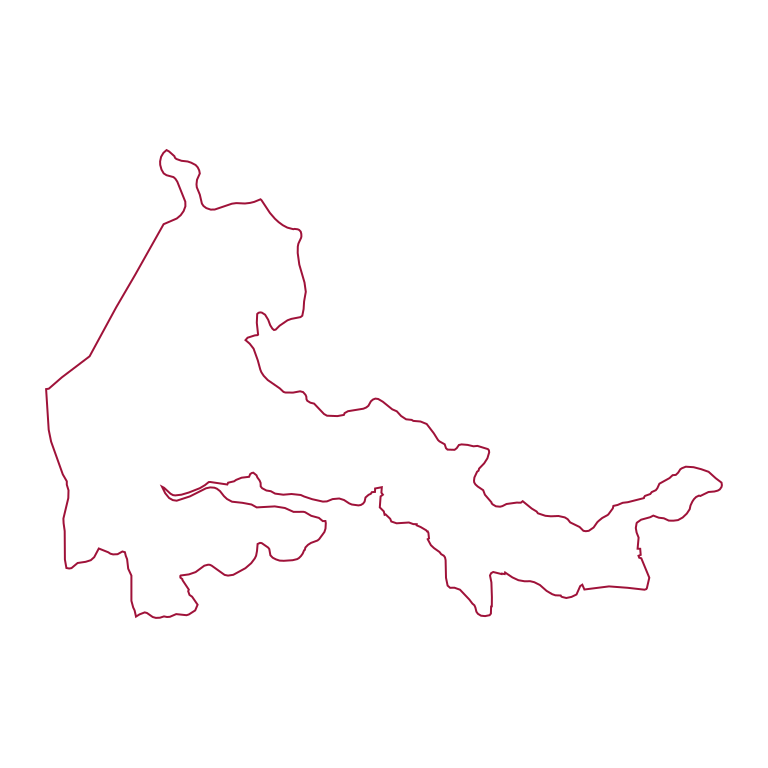 outline of Hunters Hill, New South Wales, Australia
{"feature_id": "25037944B34296859753223", "entity_name": "Hunters Hill", "entity_type": "district", "adm_level": 2, "iso_a3": "AUS", "parent_name": "Australia", "parent_adm1": "New South Wales", "projection": "natural_earth1", "projection_center": [151.151, -33.83], "detail": "fine", "context": "isolated", "style": "outline", "palette": "rose", "viewbox_px": 768, "rotation_deg": 0, "n_neighbors": 0, "source": "geoboundaries", "source_scale": "gbopen_adm2", "svg_char_len": 6104}
<svg xmlns="http://www.w3.org/2000/svg" viewBox="0 0 768 768"><path d="M174.4,156.2L169.0,151.4L166.5,150.1L163.4,152.9L161.1,156.8L160.1,161.4L160.2,164.9L161.5,169.6L163.7,173.4L166.5,175.2L173.5,177.1L175.4,178.8L177.3,181.7L185.3,201.7L185.4,206.3L183.6,211.1L180.7,215.2L176.8,218.5L163.6,224.2L135.1,274.9L116.2,307.3L89.6,356.3L61.8,377.4L48.8,388.7L46.1,389.1L48.7,429.8L51.1,441.6L62.8,474.4L66.8,481.3L66.8,484.7L68.5,490.3L68.3,498.1L63.4,518.6L63.6,523.2L64.7,531.1L64.9,559.5L66.4,568.0L69.2,568.5L71.5,568.1L77.6,563.0L85.7,561.8L90.8,560.2L94.2,557.2L98.8,548.5L108.3,552.3L110.4,553.7L113.1,554.4L117.6,554.2L122.4,551.5L124.9,552.2L125.8,555.9L127.1,559.2L128.2,568.7L131.4,575.6L131.4,600.8L133.2,607.5L134.6,610.4L136.0,616.6L139.5,614.4L144.7,612.4L147.0,613.0L152.7,617.0L155.9,617.9L160.0,617.7L164.0,616.4L167.0,617.0L169.9,616.8L176.2,614.1L186.5,615.2L188.8,614.5L195.2,610.4L197.6,604.7L192.1,596.7L189.5,594.9L188.2,591.2L188.8,589.6L182.6,580.3L182.3,579.1L180.4,577.6L180.3,576.0L180.7,575.5L188.9,574.4L195.6,572.1L204.3,565.7L208.1,564.7L209.8,564.8L211.6,565.6L224.6,574.9L228.0,575.6L233.3,574.8L245.4,568.2L251.2,563.2L254.8,558.4L256.1,555.7L257.0,551.0L257.6,544.0L260.0,542.9L261.7,543.1L268.2,547.6L269.3,549.1L270.4,555.3L272.7,557.7L276.0,559.4L279.6,560.6L283.8,560.8L292.7,560.2L297.2,559.1L299.0,558.0L301.0,556.0L302.7,553.6L304.1,550.3L304.8,549.9L305.4,547.5L308.0,544.8L311.0,542.9L317.5,540.5L319.2,539.1L324.4,532.0L325.5,528.6L325.8,523.1L325.4,521.0L322.8,521.1L318.9,517.9L311.2,515.8L305.1,512.2L303.4,511.8L293.6,511.9L284.9,508.0L274.8,506.4L256.7,507.4L251.5,504.5L242.3,502.8L232.0,501.7L227.0,499.0L224.0,496.2L220.0,491.1L216.9,488.7L214.4,487.7L210.2,487.4L206.0,488.3L189.9,496.4L176.7,500.7L172.8,500.1L169.1,498.0L165.2,493.2L162.0,486.7L164.1,487.8L170.5,493.7L173.0,495.1L175.3,495.4L181.4,494.7L188.9,492.5L199.8,488.2L205.0,485.1L208.7,482.1L210.2,482.0L227.3,484.5L228.1,482.7L234.1,481.3L236.1,479.9L241.6,477.7L249.1,476.8L250.2,474.1L251.8,473.0L253.3,472.7L256.5,475.3L257.4,477.5L259.6,480.5L260.6,482.9L260.7,486.4L262.1,488.2L266.4,490.5L270.8,491.2L275.1,493.6L283.3,494.7L291.5,494.0L300.8,495.0L304.1,496.5L312.2,499.2L322.9,501.6L326.9,501.4L332.6,499.1L339.2,498.5L344.0,500.0L349.2,503.4L351.8,504.5L358.4,505.4L360.8,505.0L363.1,503.6L364.6,501.6L365.5,497.5L368.6,494.8L370.8,493.8L371.8,492.2L375.0,491.9L375.1,488.5L381.8,487.2L381.4,492.7L382.9,494.7L380.6,496.4L379.8,507.4L383.8,511.4L384.6,514.8L385.6,514.4L390.2,518.8L391.3,521.5L396.6,523.3L408.9,522.5L413.3,524.1L416.7,524.2L416.6,525.3L420.6,527.0L426.2,530.3L427.1,531.5L427.7,531.4L428.4,532.9L429.0,538.4L427.7,539.2L430.9,545.2L434.0,548.1L439.5,552.0L441.2,554.2L443.8,555.7L445.0,557.4L445.6,560.1L446.0,577.8L447.6,585.6L450.1,587.8L454.4,587.7L460.0,589.7L469.3,599.5L472.4,603.6L474.4,605.3L475.4,607.6L476.4,611.7L477.9,613.8L481.0,615.7L485.1,616.1L489.6,615.2L490.9,613.6L491.1,606.5L491.8,606.4L491.9,597.1L491.4,582.4L490.0,575.5L491.1,573.2L493.2,572.0L501.7,574.1L501.9,573.6L504.7,574.1L505.1,572.5L512.4,577.4L518.4,580.2L524.7,581.3L530.2,581.2L534.3,582.2L539.9,585.0L546.6,590.9L552.2,594.2L555.4,595.3L560.7,595.5L561.4,596.6L562.3,597.0L566.3,598.0L571.5,596.9L576.5,594.5L580.2,586.1L582.3,584.7L584.4,589.5L609.0,586.4L627.7,587.8L644.5,589.7L646.3,589.1L646.9,588.1L649.3,577.7L641.3,558.3L639.2,557.7L638.5,555.8L640.7,554.9L640.2,548.8L637.6,548.7L638.6,537.6L636.6,532.5L635.8,528.0L636.6,523.2L637.0,522.6L641.1,519.7L650.2,517.2L653.3,515.6L658.8,517.7L663.9,518.3L668.8,520.6L673.3,520.7L678.0,520.1L682.7,517.5L686.8,513.6L689.7,509.2L690.5,505.5L692.4,501.5L694.0,499.1L696.1,497.0L699.0,495.6L700.3,496.0L708.5,492.0L714.4,491.5L717.8,490.6L719.8,489.4L721.5,487.0L721.9,485.1L721.5,482.6L715.8,478.3L708.6,471.8L701.2,469.2L693.6,467.2L685.8,466.7L682.0,468.2L680.3,469.3L678.2,472.6L675.8,474.9L672.6,475.2L669.5,478.1L659.4,483.7L657.3,488.3L655.8,490.2L651.7,492.1L650.3,494.0L645.0,495.9L644.3,496.8L643.9,498.1L627.8,502.2L622.7,502.8L617.5,505.0L613.4,505.9L612.8,508.4L608.6,514.1L607.7,515.0L602.2,518.0L598.9,520.7L597.3,522.2L593.6,527.5L588.8,530.8L585.8,531.2L583.4,530.8L579.6,527.0L570.2,522.4L567.7,519.2L564.8,517.4L558.5,516.0L550.9,516.3L545.4,515.8L537.9,513.3L536.6,511.5L531.8,508.6L522.7,501.2L520.8,502.7L516.7,502.6L506.5,504.0L502.4,506.1L500.1,506.7L495.9,506.3L492.7,504.4L491.7,503.4L491.5,502.4L484.9,494.7L483.2,490.2L477.7,486.5L475.4,484.4L474.2,482.4L474.0,480.7L474.4,477.5L477.1,471.7L478.5,470.7L479.1,468.6L484.2,463.3L487.4,458.3L489.2,452.3L488.9,450.3L487.9,449.1L477.5,445.9L473.5,446.3L467.6,444.9L461.6,444.4L458.9,445.0L456.7,448.2L454.6,449.8L447.5,449.6L446.0,448.2L444.7,444.3L439.5,441.4L438.0,440.0L433.8,433.3L426.7,424.0L420.5,421.5L413.3,420.9L411.7,419.9L406.1,419.3L401.1,416.0L396.8,411.3L392.2,409.3L382.8,401.7L378.2,399.0L375.4,398.6L373.0,399.5L370.9,401.3L368.4,405.8L366.2,407.5L363.4,408.7L348.0,411.2L344.6,413.1L343.9,414.9L337.4,416.1L327.0,415.7L324.0,414.0L314.1,403.6L310.4,402.7L307.3,400.8L306.5,399.3L306.3,396.6L305.5,394.8L303.1,392.1L300.1,391.3L293.1,392.6L285.3,392.5L283.5,391.9L279.8,388.4L267.8,380.1L263.7,375.8L261.4,372.3L260.3,369.6L257.8,360.4L253.6,348.7L249.7,343.7L245.5,340.1L247.6,337.7L254.8,335.4L257.6,335.1L258.1,334.6L256.8,322.8L257.2,314.0L258.5,312.8L260.2,312.4L261.8,312.6L265.1,314.7L268.2,319.8L270.2,325.2L272.4,328.7L274.0,330.0L275.7,329.6L279.6,325.7L287.5,320.3L291.3,318.9L300.5,317.1L302.3,315.7L303.6,309.1L304.1,301.4L305.8,291.8L304.5,282.5L299.3,264.6L297.7,253.0L297.8,246.6L298.4,243.6L301.1,237.8L301.4,236.4L301.3,233.9L300.7,231.6L299.1,229.9L297.7,229.3L294.5,228.9L293.3,229.2L287.3,227.6L282.8,225.2L278.6,222.1L274.9,218.7L269.9,212.9L261.5,200.2L260.5,199.3L254.2,201.9L250.1,202.9L244.9,203.5L236.3,203.1L231.9,203.7L214.8,209.5L210.7,209.6L206.3,208.1L203.5,206.0L201.9,203.6L199.8,194.6L196.8,187.3L196.5,184.3L197.0,179.8L199.8,173.5L199.2,170.4L197.7,167.3L195.6,165.0L191.2,162.7L187.7,161.5L181.5,160.8L176.4,159.0L175.0,157.8L174.4,156.2Z" fill="none" stroke="#9f1239" stroke-width="2"/></svg>